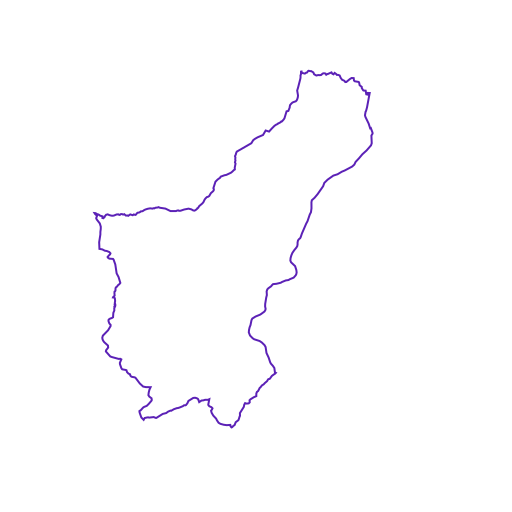 Bania, Caras-Severin, Romania (orthographic projection), rotated 58°
{"feature_id": "2599482B2316424382008", "entity_name": "Bania", "entity_type": "district", "adm_level": 2, "iso_a3": "ROU", "parent_name": "Romania", "parent_adm1": "Caras-Severin", "projection": "orthographic", "projection_center": [22.097, 44.811], "detail": "fine", "context": "isolated", "style": "outline", "palette": "violet", "viewbox_px": 512, "rotation_deg": 58, "n_neighbors": 0, "source": "geoboundaries", "source_scale": "gbopen_adm2", "svg_char_len": 6119}
<svg xmlns="http://www.w3.org/2000/svg" viewBox="0 0 512 512"><g transform="rotate(58 256 256)"><path d="M134.0,370.2L135.1,370.2L137.7,369.5L139.2,371.5L140.6,371.7L145.6,371.2L148.9,372.1L150.9,373.4L153.1,375.2L155.3,376.6L161.2,381.7L167.0,385.0L169.0,382.8L171.4,381.4L172.7,379.9L174.9,378.3L176.6,378.0L177.3,378.9L177.5,380.3L178.2,382.4L178.8,382.5L180.5,381.8L182.7,378.8L183.7,378.7L188.6,379.8L196.9,383.4L201.0,383.7L206.9,385.3L207.5,386.9L207.6,388.4L208.3,390.2L208.4,391.5L208.9,392.2L210.8,393.5L211.2,394.1L211.2,394.8L212.4,395.7L214.7,396.9L215.0,397.9L215.0,398.6L215.4,399.2L216.2,398.2L217.0,398.1L219.5,399.3L220.7,400.4L222.4,401.0L222.1,401.5L222.4,401.7L223.3,401.5L224.0,402.1L223.8,402.8L224.0,403.1L224.8,403.2L225.2,403.9L227.1,405.0L228.6,407.1L232.2,409.7L232.2,411.3L231.8,412.6L231.8,414.2L232.2,415.1L233.4,415.7L235.5,416.1L237.4,415.8L238.4,416.5L240.6,420.8L242.4,428.1L243.9,429.7L245.4,430.3L246.9,430.5L248.6,430.4L253.5,429.0L255.3,429.9L256.5,433.1L257.4,433.9L264.0,432.8L265.4,431.7L270.5,427.0L271.3,425.5L272.3,425.0L274.5,428.1L275.7,428.7L279.7,429.6L280.8,429.6L281.2,429.5L283.5,427.0L284.2,426.4L286.1,426.9L288.1,426.5L289.6,425.5L290.6,425.9L291.8,425.8L292.7,425.3L294.7,423.1L295.7,422.7L302.5,422.1L306.9,420.9L308.9,418.8L311.4,414.9L312.9,417.2L314.9,419.3L317.0,421.0L318.7,421.0L321.3,420.0L322.9,420.7L323.4,421.5L324.6,425.4L325.2,428.1L324.7,430.8L324.7,431.9L325.8,435.8L325.6,436.8L326.3,437.4L328.0,437.9L332.2,438.8L335.4,438.1L334.4,436.3L335.3,433.7L335.8,432.8L336.4,432.3L338.4,428.1L340.1,426.9L340.5,426.3L340.5,418.8L341.6,415.4L341.4,413.0L341.8,410.4L342.3,409.9L342.4,406.8L343.1,403.7L343.6,402.7L344.0,401.1L344.6,397.6L344.5,396.1L345.2,395.0L345.3,394.4L344.5,392.2L343.1,390.1L343.1,384.5L343.9,382.8L345.1,381.7L346.3,381.0L347.1,381.0L349.8,381.6L349.7,378.8L350.5,377.2L351.0,375.3L352.5,373.0L352.7,371.5L356.7,375.2L357.3,375.4L358.7,375.2L360.6,373.9L362.1,373.6L362.8,374.6L363.4,376.1L365.5,376.7L368.7,376.8L372.8,376.0L374.6,376.2L377.6,376.1L379.5,375.1L382.0,372.8L384.0,370.4L385.6,367.3L386.0,367.3L386.8,367.8L388.1,367.7L388.4,367.6L388.5,366.8L388.1,365.4L388.0,363.7L386.2,361.3L385.9,358.0L385.3,357.1L383.3,354.8L383.1,354.3L380.7,352.9L377.5,346.3L375.8,344.7L375.0,343.2L375.9,342.6L376.5,341.6L377.1,340.3L376.8,338.9L374.9,337.9L374.6,336.6L374.6,332.8L375.0,330.0L372.8,328.6L371.8,327.3L371.6,325.7L369.8,322.7L369.7,321.7L368.9,319.6L368.9,317.5L368.4,315.8L368.1,313.6L367.9,312.7L367.1,311.3L367.0,310.7L367.4,309.7L367.4,309.3L366.1,306.1L365.9,303.7L365.9,302.3L365.6,301.1L364.7,301.6L360.7,299.8L358.0,299.9L355.2,300.4L353.7,300.3L348.8,299.1L343.8,298.5L338.3,296.1L336.1,296.0L332.4,296.9L330.0,298.0L325.6,301.7L324.0,302.4L320.3,303.2L317.0,302.6L315.0,301.1L313.1,299.2L311.7,297.3L308.0,293.8L307.1,292.3L307.1,288.4L307.9,283.7L307.9,282.5L307.6,278.4L307.0,277.0L306.0,275.9L303.6,275.0L301.5,273.6L296.6,269.3L294.9,267.5L291.6,265.7L290.3,264.1L289.9,262.6L289.7,259.2L289.2,257.9L288.9,256.4L290.4,253.4L291.8,249.2L291.8,247.8L292.5,243.7L293.6,241.2L293.6,239.7L294.3,235.5L293.4,232.5L292.7,231.4L291.4,230.2L289.2,229.2L285.3,228.2L279.9,229.6L278.1,229.3L276.1,227.8L274.2,225.7L272.6,223.4L271.3,220.4L270.3,217.4L269.5,215.8L268.2,214.6L266.7,213.7L265.1,212.2L264.5,210.7L264.3,209.1L263.6,208.0L261.3,205.2L255.1,196.2L253.8,193.9L249.3,188.4L248.0,186.2L245.0,183.7L239.8,180.5L238.3,179.1L237.7,175.6L236.2,171.0L232.4,162.1L230.2,159.3L229.2,154.8L228.8,147.8L229.9,143.5L230.0,138.5L230.5,135.5L231.1,127.1L230.6,124.2L229.0,121.7L227.7,116.8L226.1,111.9L225.1,106.3L223.1,99.8L221.7,98.1L215.0,94.3L214.0,92.3L213.1,91.8L208.3,90.8L208.2,91.5L203.4,90.3L196.0,89.5L194.4,89.0L191.7,86.6L191.3,85.8L188.8,83.1L178.0,73.2L176.9,74.9L178.3,75.8L177.3,76.8L173.9,75.4L172.6,77.2L172.1,77.3L169.7,77.3L168.6,76.7L166.1,77.6L163.7,76.7L162.8,76.7L160.1,79.7L159.1,79.9L156.9,78.9L155.7,80.6L155.7,82.7L156.3,87.2L155.8,88.1L154.3,88.2L152.1,89.6L149.7,89.8L147.3,89.4L146.1,90.2L145.2,91.5L144.4,91.5L142.4,92.3L143.0,94.0L141.9,94.7L140.3,94.7L139.8,97.8L139.8,98.3L139.5,98.9L139.5,100.4L138.1,100.4L137.3,101.2L136.7,102.2L136.7,103.4L137.0,104.7L136.5,106.0L135.5,107.4L134.9,109.2L132.7,110.4L130.7,110.1L128.5,111.2L128.0,112.0L126.8,113.2L126.8,114.1L127.4,115.3L127.4,115.8L127.1,116.4L127.2,117.9L125.0,120.1L123.7,119.6L123.5,120.1L125.6,121.5L126.5,122.6L128.0,123.5L129.1,124.4L135.4,131.0L137.5,133.4L142.1,135.3L143.4,136.3L144.7,137.7L145.6,139.1L145.9,140.3L145.3,142.8L145.2,143.9L145.5,145.4L146.1,147.2L147.4,148.4L147.9,148.7L150.1,151.7L149.5,153.4L154.3,158.9L154.9,160.2L155.6,162.6L155.6,163.1L155.3,163.3L155.6,164.9L155.3,167.3L155.5,167.7L155.3,169.5L155.4,171.4L156.3,175.2L157.4,179.0L154.7,181.3L157.1,185.9L156.2,191.8L156.1,194.9L156.3,197.0L157.9,200.2L157.3,217.0L158.4,218.6L159.2,219.3L160.2,220.9L161.4,221.2L163.2,222.5L164.1,222.8L165.4,224.2L166.8,224.4L169.8,227.2L171.4,228.1L171.4,229.2L171.9,231.4L172.1,233.1L171.5,238.2L170.8,240.0L170.0,243.9L170.6,245.0L170.8,248.0L171.5,251.0L175.9,256.2L177.0,256.3L177.9,257.1L178.3,258.0L178.8,261.0L180.3,263.8L180.4,265.0L180.0,266.5L180.4,268.3L180.9,269.6L182.5,272.1L183.0,273.7L183.6,277.8L184.5,279.5L184.4,280.3L184.7,280.6L185.0,282.4L185.0,284.0L184.1,285.1L182.2,286.1L180.1,288.1L178.5,292.3L177.6,296.1L176.8,297.4L176.1,297.8L175.7,298.8L175.5,300.0L172.6,304.7L167.8,307.7L164.1,312.0L162.9,312.8L162.8,313.6L161.8,315.7L161.7,317.1L161.1,317.7L161.0,318.6L159.5,320.5L158.6,322.7L158.1,324.6L157.8,326.2L157.9,327.8L157.7,329.0L157.1,330.1L157.3,331.2L157.1,332.4L156.6,333.3L156.6,334.1L157.3,336.0L157.2,336.6L156.0,337.6L156.1,338.9L154.1,340.6L154.2,343.1L153.6,343.4L152.8,344.9L150.7,345.6L150.7,346.3L150.2,347.0L149.6,347.3L149.0,348.1L148.8,348.8L149.0,349.5L148.7,350.2L147.7,350.7L146.9,352.2L146.4,355.1L145.9,356.2L145.2,357.2L143.6,358.7L142.1,359.7L141.6,361.3L142.3,363.4L142.8,363.9L142.8,364.5L143.1,365.4L142.4,366.1L141.0,365.2L139.1,366.9L138.1,367.2L137.2,367.7L136.0,368.8L134.7,369.3L134.0,370.2Z" fill="none" stroke="#5b21b6" stroke-width="2"/></g></svg>